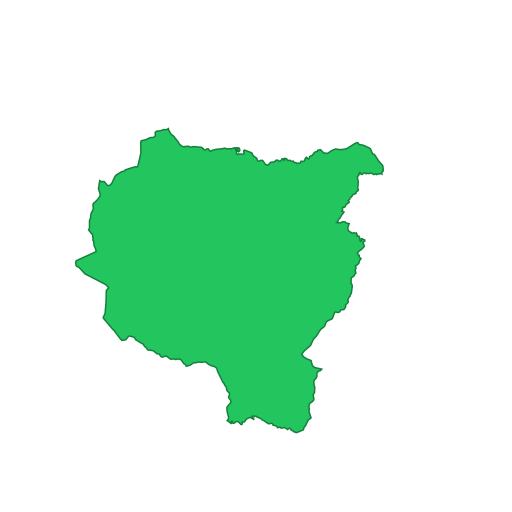 outline of Letefoho, Ermera, East Timor, rotated 49°
{"feature_id": "22284137B23883045309989", "entity_name": "Letefoho", "entity_type": "district", "adm_level": 2, "iso_a3": "TLS", "parent_name": "East Timor", "parent_adm1": "Ermera", "projection": "albers", "projection_center": [125.458, -8.838], "detail": "fine", "context": "isolated", "style": "filled", "palette": "green", "viewbox_px": 512, "rotation_deg": 49, "n_neighbors": 0, "source": "geoboundaries", "source_scale": "gbopen_adm2", "svg_char_len": 6142}
<svg xmlns="http://www.w3.org/2000/svg" viewBox="0 0 512 512"><g transform="rotate(49 256 256)"><path d="M276.8,107.3L275.5,106.5L275.5,104.8L274.8,103.7L271.6,101.4L270.5,101.0L264.4,101.1L258.1,100.1L256.9,100.1L255.4,101.0L250.1,99.3L248.3,99.8L242.5,102.5L239.6,105.0L237.5,104.8L236.7,105.3L236.0,107.5L234.6,116.6L233.4,119.3L230.6,123.1L227.5,125.6L226.0,130.0L225.6,134.3L224.7,135.4L222.6,137.3L218.1,137.5L216.7,140.0L217.4,141.0L216.6,142.1L216.2,144.3L217.0,147.3L216.2,149.6L216.2,150.4L217.3,151.9L217.1,152.9L214.5,153.2L214.8,155.1L215.8,156.6L215.9,157.4L215.7,158.2L214.0,159.9L214.9,161.7L213.5,163.3L213.3,164.4L211.6,164.6L210.5,165.9L208.8,165.6L207.6,167.3L205.9,167.6L205.1,169.1L203.6,169.4L202.8,169.1L201.1,170.3L201.4,171.1L202.2,171.5L201.7,172.2L200.4,171.8L199.7,172.4L200.4,174.6L200.0,176.0L197.3,177.2L196.8,178.5L197.1,180.2L194.8,183.6L195.3,186.5L194.9,187.9L193.0,188.8L188.7,188.3L187.8,188.6L186.8,189.9L186.7,191.0L185.9,192.0L185.0,192.3L182.7,191.3L179.1,192.2L177.9,192.2L175.6,191.5L173.2,192.6L168.5,195.2L168.5,196.2L170.8,197.8L170.6,199.1L167.5,202.3L167.2,203.4L165.7,203.5L164.1,201.9L163.1,201.9L161.9,201.3L162.5,200.3L163.3,200.2L165.1,201.1L166.0,200.8L165.9,199.4L165.4,198.6L163.7,198.0L162.9,198.2L160.1,201.5L158.8,204.5L155.8,207.8L153.9,209.0L153.0,211.0L149.6,215.7L147.6,219.4L147.1,221.9L143.8,221.7L142.9,222.9L142.9,224.5L142.2,225.2L139.2,225.6L138.0,226.0L132.2,231.6L131.4,233.6L128.5,235.3L125.9,239.1L124.4,239.9L121.4,240.4L118.5,239.8L113.6,239.7L112.2,239.4L108.1,240.2L103.4,239.2L102.4,238.5L101.9,240.7L100.0,242.9L98.6,246.3L96.6,249.0L96.5,250.6L96.8,251.3L98.7,252.5L99.5,254.3L99.1,255.7L97.1,258.4L96.0,262.8L93.7,267.0L94.5,268.3L102.7,275.3L108.5,283.2L110.6,286.2L110.8,287.5L109.9,288.1L108.8,289.8L105.3,297.9L105.5,299.3L105.1,300.6L104.3,301.8L103.4,306.7L103.2,308.5L103.5,310.3L106.6,317.4L106.7,320.4L105.3,321.8L100.3,321.7L99.1,322.9L98.4,324.0L96.6,324.5L101.8,330.7L107.6,333.3L108.4,334.3L109.4,338.0L109.7,341.6L109.6,344.0L110.0,345.2L113.5,347.7L114.6,349.6L115.3,351.9L117.2,354.4L118.6,355.7L120.1,358.5L125.6,363.3L126.5,365.3L133.0,365.5L134.0,366.1L134.5,366.9L135.7,367.1L136.9,368.7L138.4,368.9L142.0,371.4L146.3,372.8L147.8,373.8L141.6,394.8L142.6,396.4L145.1,398.0L146.1,398.1L148.7,397.0L157.3,396.8L176.8,389.0L179.4,388.1L182.7,388.0L183.4,388.4L183.7,391.3L184.3,392.1L192.6,399.6L200.4,407.7L202.1,411.6L202.8,412.0L217.3,412.2L219.1,412.0L228.7,412.7L231.6,412.6L233.5,409.9L233.8,409.0L233.1,405.9L233.0,404.9L233.6,403.8L237.5,401.2L239.8,401.7L241.1,401.6L242.8,400.8L244.5,400.5L248.4,399.0L251.3,399.4L252.9,399.0L255.7,399.4L260.2,395.6L264.5,395.0L266.9,393.1L267.7,393.6L269.4,393.8L270.4,393.4L271.2,392.6L271.9,390.4L272.9,389.2L277.5,388.3L278.4,387.6L279.7,385.5L281.4,384.6L282.3,382.8L284.0,381.1L285.2,380.7L289.8,381.1L291.4,380.5L293.5,381.0L295.3,377.2L295.5,374.0L296.4,372.2L297.3,371.1L298.1,369.1L300.4,367.0L302.3,364.1L303.2,363.5L306.8,362.8L309.7,361.6L312.1,359.9L314.2,359.4L315.4,359.5L317.9,360.7L330.0,363.9L331.0,363.7L332.8,364.3L335.3,364.5L338.1,366.0L339.2,366.3L341.8,366.0L342.5,366.3L343.5,367.4L344.3,369.2L345.5,369.7L347.6,369.7L349.5,370.4L350.0,371.0L350.9,376.7L351.7,377.8L354.5,379.9L359.8,382.5L361.0,384.0L361.4,385.8L363.2,385.2L366.1,384.7L366.3,384.1L364.8,383.4L364.8,382.5L366.9,383.0L367.4,382.8L368.0,381.6L367.7,380.3L368.1,379.3L369.4,378.3L370.0,378.0L373.3,377.9L373.8,377.4L373.7,376.4L372.4,375.5L373.6,373.5L372.8,370.2L373.4,367.7L374.2,366.1L375.7,365.7L376.5,365.2L377.7,365.1L377.8,364.8L377.0,364.1L375.5,364.5L374.4,364.2L374.5,363.4L376.1,362.3L376.6,361.1L378.2,360.9L378.5,360.4L379.6,360.3L381.5,359.1L383.5,359.0L385.0,358.2L390.7,356.7L391.2,356.3L392.5,353.8L393.8,353.7L394.9,354.1L397.5,352.2L399.8,352.3L400.9,350.1L401.8,350.2L402.8,349.6L403.8,347.5L405.5,346.5L407.6,346.1L407.8,344.3L408.5,343.3L409.7,343.3L410.1,343.7L410.7,343.2L411.7,343.3L412.4,342.8L413.9,342.7L414.3,341.9L415.6,341.7L416.2,340.6L418.3,334.2L416.9,332.3L416.5,329.4L416.0,328.9L414.2,324.5L414.1,323.0L414.4,321.6L414.2,320.6L407.9,317.9L406.7,316.3L404.8,315.2L403.3,313.6L402.5,312.4L402.9,308.6L402.5,306.8L401.6,305.9L398.2,304.0L397.6,301.6L394.7,298.7L393.5,297.7L391.3,296.8L388.5,294.5L388.0,293.9L387.8,291.4L387.0,289.2L384.6,287.1L383.8,284.8L384.8,282.5L384.5,280.6L378.7,284.9L375.6,285.3L371.0,283.0L367.0,285.1L363.5,286.2L360.2,286.0L359.3,282.0L359.3,273.5L356.5,267.3L356.0,262.6L354.2,256.9L353.8,254.6L354.1,252.0L353.9,250.0L351.8,246.2L352.4,242.9L353.3,240.4L353.2,239.2L350.3,233.9L350.2,233.0L352.6,231.0L353.1,229.4L352.3,227.1L354.1,224.9L353.6,222.8L353.1,221.5L352.0,220.7L351.6,220.0L351.7,218.3L351.2,216.4L349.5,215.5L348.9,214.7L348.1,212.7L348.1,211.4L347.3,210.5L346.7,208.5L342.1,203.3L340.6,202.3L338.8,202.0L335.7,199.2L335.0,198.0L335.4,195.4L334.5,193.0L334.6,192.2L334.0,191.5L331.7,190.5L330.9,188.5L328.7,187.5L329.1,185.6L329.0,183.3L327.5,181.0L326.9,178.5L324.4,178.7L323.2,177.6L322.0,178.1L320.5,177.7L319.9,175.4L320.2,172.9L320.1,169.8L320.0,168.9L319.6,167.9L317.9,167.0L316.6,166.8L315.8,166.1L316.2,164.2L315.2,163.4L314.5,164.0L312.7,164.5L312.2,165.0L313.5,166.2L313.6,167.4L312.7,167.4L310.8,166.1L308.6,165.3L307.3,166.6L306.6,165.9L304.4,165.1L303.8,166.4L302.7,166.8L301.9,168.5L300.2,168.8L299.2,169.4L297.1,169.6L295.0,168.4L292.7,164.4L290.3,166.3L288.8,166.3L287.1,167.9L286.4,170.3L284.7,172.6L283.5,173.1L283.8,172.1L283.6,171.2L282.9,170.7L282.6,169.6L282.5,167.7L281.4,164.9L280.6,160.8L278.5,161.9L278.1,160.3L276.5,159.3L276.4,158.0L277.1,157.4L277.3,156.3L276.5,154.8L276.4,152.8L276.7,150.5L276.0,150.1L274.7,150.2L274.6,147.9L274.0,147.3L274.0,144.6L273.3,143.3L273.5,141.6L274.0,141.0L274.3,139.4L273.6,138.7L273.4,137.5L273.7,136.1L273.0,135.1L271.4,134.7L268.6,131.5L266.4,129.7L262.8,127.7L262.3,124.9L261.1,123.6L261.1,122.7L263.4,123.1L264.1,122.4L264.1,119.6L264.8,119.1L265.6,119.3L266.3,118.8L266.4,118.0L268.1,116.5L269.1,114.3L271.2,114.0L272.1,113.3L272.6,111.7L273.6,111.7L274.1,110.2L275.0,109.3L275.5,107.8L276.8,107.3Z" fill="#22c55e" stroke="#15803d" stroke-width="1.5"/></g></svg>